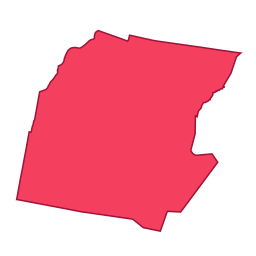 the district of Menaka, Gao, Mali, rotated 191°
{"feature_id": "8926073B3742503303790", "entity_name": "Menaka", "entity_type": "district", "adm_level": 2, "iso_a3": "MLI", "parent_name": "Mali", "parent_adm1": "Gao", "projection": "orthographic", "projection_center": [2.874, 16.667], "detail": "fine", "context": "isolated", "style": "filled", "palette": "rose", "viewbox_px": 256, "rotation_deg": 191, "n_neighbors": 0, "source": "geoboundaries", "source_scale": "gbopen_adm2", "svg_char_len": 3404}
<svg xmlns="http://www.w3.org/2000/svg" viewBox="0 0 256 256"><g transform="rotate(191 128 128)"><path d="M31.7,223.1L33.8,223.0L39.0,222.7L42.3,222.6L44.5,222.5L50.2,222.1L55.8,221.9L59.2,221.7L60.7,221.7L66.3,221.4L71.7,221.2L76.6,220.9L77.1,220.9L80.6,220.7L83.0,220.6L85.6,220.5L88.1,220.3L90.7,220.2L96.3,219.9L98.5,219.8L102.3,219.6L104.7,219.5L108.0,219.3L113.9,219.0L116.3,218.9L119.6,218.8L121.5,218.8L123.9,218.9L129.8,219.0L132.3,219.1L138.9,219.3L143.0,219.4L144.2,219.4L144.2,217.7L144.4,215.2L144.4,214.4L144.6,214.0L144.8,213.7L144.9,213.2L145.8,213.4L147.5,213.6L148.2,213.8L156.1,215.0L164.1,216.2L170.2,217.1L172.2,217.4L175.6,218.0L176.7,217.2L176.8,217.1L177.0,216.9L177.8,216.0L177.8,215.9L178.3,215.1L178.3,214.7L178.5,212.9L178.6,211.7L178.4,211.1L178.2,210.4L178.2,209.8L178.4,209.2L178.7,208.9L179.1,208.6L180.1,208.1L181.4,207.4L181.7,207.2L182.5,206.5L183.7,204.8L184.3,204.0L185.7,202.0L188.0,199.4L188.3,199.1L189.4,198.0L189.6,197.8L190.0,197.6L190.3,197.4L190.8,197.2L191.5,197.1L192.2,197.0L194.5,197.0L195.4,197.0L196.1,196.7L197.5,196.3L198.7,195.8L199.3,195.5L199.7,195.0L200.4,194.4L201.6,192.8L202.0,191.6L202.2,191.1L202.7,189.3L203.3,186.8L203.5,185.2L203.6,184.8L203.6,184.6L203.8,183.6L203.7,182.8L203.6,182.1L203.8,181.3L204.0,180.2L204.4,179.3L204.9,178.3L205.3,177.8L206.2,176.9L206.9,176.5L208.1,175.7L208.1,175.2L208.0,174.8L207.9,173.3L208.1,172.4L208.2,171.7L208.3,171.4L208.2,170.8L208.0,170.2L207.8,169.6L207.7,168.8L207.8,168.2L208.0,167.5L208.6,166.5L208.9,166.1L209.4,164.8L209.6,164.3L209.8,164.0L209.9,163.6L210.1,163.1L210.3,162.6L210.9,161.4L211.5,160.5L212.8,158.5L213.1,157.6L213.3,157.0L213.5,156.2L213.6,155.5L214.3,154.2L214.3,153.8L214.4,153.1L214.5,152.6L215.0,151.4L215.6,150.6L216.0,150.1L217.7,149.0L220.5,147.4L221.6,146.7L221.6,145.2L221.5,137.2L221.4,130.0L221.3,126.2L221.3,122.5L221.2,120.3L221.2,118.7L221.2,118.4L221.3,118.2L221.6,117.5L221.7,117.1L221.8,116.7L221.9,116.1L221.8,115.4L221.8,113.8L221.8,113.5L221.9,112.8L222.2,111.7L222.2,111.2L222.3,108.7L222.3,107.2L222.3,105.4L223.2,105.3L224.3,105.4L224.2,101.1L224.1,93.5L224.0,85.6L224.0,78.1L223.9,69.9L223.9,63.0L223.9,55.7L223.8,47.4L223.7,40.5L223.7,37.0L223.7,36.5L223.4,36.6L157.0,36.9L106.0,39.4L94.0,33.1L76.6,32.9L73.5,53.7L60.3,55.6L55.2,66.1L33.4,111.5L40.6,118.6L56.3,114.1L59.7,115.3L62.1,117.9L61.0,135.1L64.1,152.6L62.3,152.2L62.4,152.8L62.8,153.3L62.5,153.6L62.2,153.9L62.2,154.6L62.3,155.6L62.1,156.3L62.2,156.9L62.2,157.5L62.1,158.0L61.7,158.5L61.3,159.3L60.9,160.1L60.2,161.0L60.1,161.6L60.1,162.0L59.9,162.5L59.9,163.6L59.6,164.7L59.6,165.1L59.4,165.4L59.0,166.5L59.0,166.9L59.0,167.0L58.8,167.2L57.5,167.7L57.0,167.7L56.3,168.4L55.9,169.0L55.0,169.2L54.5,169.6L54.2,170.4L53.9,170.9L53.5,171.2L52.9,171.3L52.7,171.6L52.8,172.2L52.9,172.8L52.7,173.2L52.0,173.8L52.0,174.2L51.8,174.9L51.2,176.1L51.1,176.8L51.2,177.1L51.1,177.6L51.3,178.1L51.4,178.6L51.4,179.0L50.8,179.0L50.2,179.2L49.6,179.6L49.1,180.0L49.0,180.3L49.0,180.5L48.9,180.8L48.6,180.8L48.3,180.7L47.7,181.0L47.2,181.7L46.9,182.2L46.7,182.3L46.4,182.5L46.0,182.3L45.7,182.3L45.4,182.7L45.2,183.0L44.9,183.4L44.8,183.8L44.3,184.2L43.9,184.2L43.3,184.3L42.9,184.4L42.7,184.5L42.7,185.2L42.7,185.6L42.7,185.8L42.7,186.0L42.4,186.2L41.9,186.2L41.5,186.3L41.3,186.5L41.3,186.8L42.4,187.4L37.4,201.3L35.1,218.5L31.8,223.0L31.7,223.1Z" fill="#f43f5e" stroke="#9f1239" stroke-width="1.5"/></g></svg>